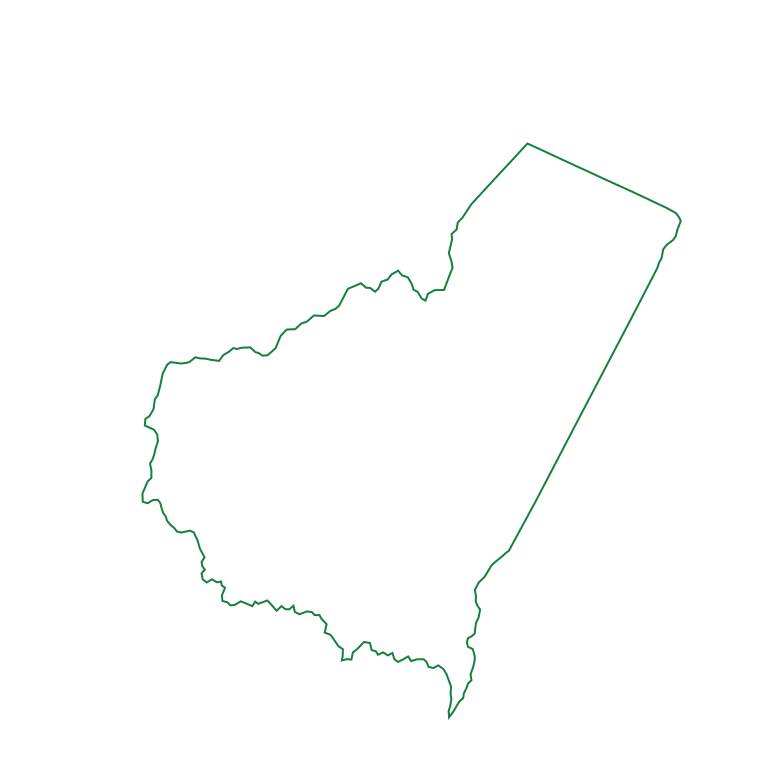 outline of Santa Filomena, Pernambuco, Brazil, rotated 24°
{"feature_id": "56859067B7026761946048", "entity_name": "Santa Filomena", "entity_type": "district", "adm_level": 2, "iso_a3": "BRA", "parent_name": "Brazil", "parent_adm1": "Pernambuco", "projection": "equal_earth", "projection_center": [-40.595, -8.21], "detail": "fine", "context": "isolated", "style": "outline", "palette": "green", "viewbox_px": 768, "rotation_deg": 24, "n_neighbors": 0, "source": "geoboundaries", "source_scale": "gbopen_adm2", "svg_char_len": 2985}
<svg xmlns="http://www.w3.org/2000/svg" viewBox="0 0 768 768"><g transform="rotate(24 384 384)"><path d="M182.4,519.2L192.3,519.3L197.4,522.4L200.8,528.3L201.4,534.8L202.8,542.3L203.2,547.6L202.6,551.9L206.6,557.4L209.7,564.4L207.7,569.1L207.9,582.4L211.5,589.7L216.5,589.1L220.1,584.0L224.5,581.8L228.1,583.8L231.4,588.0L234.7,591.6L238.7,594.0L241.3,597.1L246.4,599.6L251.3,601.0L254.9,603.0L259.2,602.2L266.4,596.9L270.5,596.9L276.8,602.2L282.7,609.2L290.6,615.4L289.7,620.7L292.2,624.4L295.8,626.5L294.3,631.2L298.0,636.3L302.8,637.4L306.2,632.4L311.9,633.1L315.5,630.7L317.8,634.0L321.7,634.9L321.9,643.0L324.6,647.9L329.9,647.1L333.6,648.7L337.4,646.7L341.5,640.8L347.5,640.6L354.1,640.5L354.9,635.2L358.5,636.0L365.5,629.2L370.7,631.4L378.1,634.8L380.8,628.5L385.3,629.9L389.1,628.4L391.5,623.4L395.3,628.5L400.5,628.7L406.1,623.1L410.9,621.7L414.5,623.3L419.1,621.4L422.1,623.8L425.8,625.3L429.3,626.8L430.9,635.2L437.2,634.9L444.2,639.1L448.9,642.0L454.3,643.0L456.8,649.1L457.9,653.7L462.0,650.5L466.3,649.0L464.8,641.8L467.0,637.9L470.7,627.8L476.5,626.3L480.9,632.1L485.3,631.5L488.7,633.8L492.4,629.5L497.9,630.4L501.1,626.3L505.4,631.1L509.8,632.3L513.3,628.0L516.9,623.1L521.5,626.1L526.4,621.9L532.2,619.3L536.1,620.7L539.7,624.3L544.6,623.4L548.0,619.0L554.1,620.2L559.3,623.8L564.0,628.7L568.3,633.1L570.7,639.6L573.8,644.7L575.6,651.7L576.0,656.3L579.0,662.0L580.8,653.9L581.3,648.1L582.1,643.1L584.1,638.8L582.8,634.1L583.0,628.9L582.6,623.6L584.4,619.0L581.2,614.2L580.5,605.8L579.4,600.3L577.7,595.9L573.0,590.1L567.7,589.9L564.8,586.5L564.1,581.9L566.6,579.0L568.4,575.1L566.6,569.7L565.3,565.1L565.3,558.3L563.5,551.0L559.4,548.4L556.3,545.4L554.4,540.6L550.7,535.0L551.3,526.8L554.3,519.5L555.2,512.4L556.0,505.7L558.8,499.7L561.7,494.1L563.9,489.0L565.9,485.6L570.3,429.2L576.0,336.9L583.8,214.0L586.5,166.9L585.9,161.1L586.4,156.2L584.3,147.3L585.6,142.0L589.5,134.9L590.4,130.5L589.3,124.0L588.8,114.4L585.6,111.6L581.1,109.1L570.1,108.2L533.7,107.4L504.4,107.2L478.5,106.8L473.2,106.8L423.0,106.0L417.2,106.0L411.8,122.0L409.7,128.1L398.4,161.3L390.7,184.1L388.0,200.2L385.7,206.5L387.5,213.3L384.7,219.6L387.3,223.8L390.0,238.0L393.1,241.6L396.0,244.8L399.4,250.1L399.7,258.5L400.6,273.7L392.2,277.6L387.5,283.6L388.0,290.9L383.8,290.7L377.2,286.1L372.7,285.9L368.7,281.4L362.5,276.9L356.2,277.4L350.9,274.7L346.3,280.8L344.9,287.0L340.1,291.5L340.1,299.1L338.3,303.3L332.3,301.9L328.6,303.3L321.9,301.4L312.3,311.8L311.2,330.5L309.1,335.1L305.3,339.0L301.7,346.2L292.1,349.9L288.3,358.2L283.7,362.6L280.6,370.0L272.9,373.9L270.0,382.1L270.4,395.3L268.0,400.7L265.8,405.2L261.5,407.5L257.2,406.7L253.4,407.2L247.1,404.9L239.5,408.6L235.4,411.8L231.7,412.5L229.4,417.3L225.5,422.9L223.9,430.0L215.6,432.4L210.7,433.4L205.6,435.4L200.8,436.3L197.3,443.1L194.5,445.3L190.4,447.8L180.2,450.8L178.1,454.5L177.6,464.5L180.2,476.3L181.9,486.2L180.9,491.2L183.7,500.9L182.8,508.8L180.2,513.0L182.4,519.2Z" fill="none" stroke="#15803d" stroke-width="2"/></g></svg>